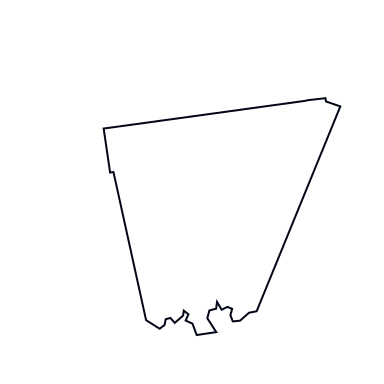 Lampasas, Texas, United States of America (Albers equal-area conic projection), rotated 293°
{"feature_id": "52423323B89118572661224", "entity_name": "Lampasas", "entity_type": "district", "adm_level": 2, "iso_a3": "USA", "parent_name": "United States of America", "parent_adm1": "Texas", "projection": "albers", "projection_center": [-98.387, 31.247], "detail": "fine", "context": "isolated", "style": "outline", "palette": "ink", "viewbox_px": 384, "rotation_deg": 293, "n_neighbors": 0, "source": "geoboundaries", "source_scale": "gbopen_adm2", "svg_char_len": 553}
<svg xmlns="http://www.w3.org/2000/svg" viewBox="0 0 384 384"><g transform="rotate(293 192 192)"><path d="M177.9,109.0L179.7,111.9L56.1,199.8L53.5,215.6L58.8,218.7L64.6,217.5L67.6,221.3L64.8,227.3L74.8,232.1L79.6,230.8L78.0,236.5L71.2,236.4L71.0,243.9L62.2,252.2L72.5,269.1L81.8,255.4L89.8,254.3L94.0,259.8L100.6,258.0L95.2,265.3L100.1,269.5L100.1,274.6L93.6,275.5L88.8,280.1L92.3,286.5L103.1,291.6L107.5,298.1L328.7,295.1L327.7,280.0L330.5,278.2L321.8,262.8L320.1,260.5L215.9,85.9L177.9,109.0Z" fill="none" stroke="#020617" stroke-width="2"/></g></svg>